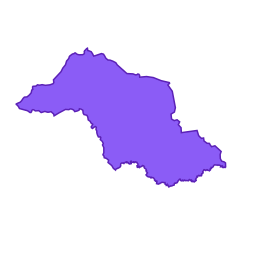 Mariscala, Lavalleja, Uruguay (Equal Earth projection), rotated 44°
{"feature_id": "84410073B78906146937991", "entity_name": "Mariscala", "entity_type": "district", "adm_level": 2, "iso_a3": "URY", "parent_name": "Uruguay", "parent_adm1": "Lavalleja", "projection": "equal_earth", "projection_center": [-54.667, -34.01], "detail": "fine", "context": "isolated", "style": "filled", "palette": "violet", "viewbox_px": 256, "rotation_deg": 44, "n_neighbors": 0, "source": "geoboundaries", "source_scale": "gbopen_adm2", "svg_char_len": 5836}
<svg xmlns="http://www.w3.org/2000/svg" viewBox="0 0 256 256"><g transform="rotate(44 128 128)"><path d="M148.2,166.9L148.0,166.6L148.0,165.4L148.6,164.3L148.6,163.8L148.9,163.6L149.4,161.8L149.3,160.9L149.0,160.6L149.0,160.2L148.5,159.9L147.7,158.9L147.6,158.4L147.7,157.8L148.0,157.3L148.3,157.2L148.5,156.9L148.8,156.8L148.9,156.7L148.9,156.4L149.7,156.4L149.6,155.9L149.9,155.3L149.8,154.8L150.2,154.0L150.2,153.7L150.5,153.2L151.5,152.9L151.6,153.1L151.6,153.5L152.4,152.8L153.1,153.1L153.4,153.0L153.3,152.8L153.5,152.7L153.9,152.8L154.4,152.6L154.5,151.9L154.9,151.7L155.1,151.5L155.1,151.3L154.5,150.7L153.9,151.0L153.2,150.6L153.1,150.0L153.2,149.7L153.7,149.9L154.8,149.7L155.3,149.3L155.4,148.5L155.5,148.4L155.8,148.4L155.8,148.6L156.0,148.8L156.3,148.8L156.6,148.5L156.4,147.8L157.0,147.0L157.3,147.2L157.6,147.2L158.3,146.5L159.4,147.0L160.3,147.0L160.9,147.9L160.8,148.4L161.2,148.3L161.4,148.5L161.2,148.8L160.8,148.9L160.8,149.1L161.2,149.3L161.7,149.2L161.8,149.7L162.1,149.8L162.2,149.7L162.3,149.2L162.5,148.9L163.5,148.7L163.3,148.3L162.8,148.2L162.7,147.8L162.8,147.7L163.6,148.0L163.9,147.7L164.2,147.1L164.2,146.6L164.4,146.3L164.4,146.0L164.8,145.3L164.5,145.1L164.5,144.9L165.6,144.3L166.3,144.6L166.9,144.6L167.0,144.9L166.9,145.0L167.0,145.2L167.8,145.4L169.4,145.1L169.8,145.1L170.1,145.4L170.3,145.9L170.6,145.9L170.8,146.2L171.1,146.1L171.1,146.4L171.6,146.7L173.0,146.6L173.3,147.0L173.2,147.6L173.7,148.6L173.5,149.1L174.1,149.4L174.8,149.3L175.7,149.4L175.9,149.1L176.5,149.0L177.1,148.7L177.7,148.0L179.2,148.0L179.4,147.6L179.2,147.3L179.2,147.1L179.9,147.0L180.3,146.4L181.1,146.2L183.0,146.5L183.1,146.9L183.3,147.1L184.2,146.9L184.5,147.1L184.7,146.9L184.9,147.1L185.2,146.8L185.4,146.3L185.6,146.2L185.9,146.7L186.1,146.9L186.3,146.8L186.6,147.2L186.7,147.5L187.2,148.2L188.8,147.3L189.1,146.4L189.5,146.0L189.4,145.4L189.8,144.7L190.0,143.7L191.0,142.7L192.2,142.2L192.4,141.6L192.8,141.7L193.0,142.0L193.7,142.6L194.0,142.3L194.9,142.6L195.4,142.4L195.4,142.1L195.6,142.4L195.8,142.0L195.8,141.7L196.3,141.4L196.5,141.8L196.9,141.6L198.2,142.1L198.5,141.6L198.6,140.9L198.6,140.7L198.8,140.6L198.8,140.2L199.8,139.3L199.9,138.8L200.1,138.1L200.8,137.3L200.8,137.0L200.5,136.5L200.0,136.0L199.9,135.3L200.8,134.6L200.6,134.2L201.1,133.6L201.4,133.0L201.2,132.5L201.0,132.4L200.9,131.8L201.0,131.6L200.7,131.2L200.7,130.6L200.8,130.2L200.6,129.2L200.8,128.8L201.2,128.5L202.0,128.8L202.3,129.2L203.0,129.0L203.6,128.5L203.7,128.3L203.5,127.5L203.8,127.3L204.6,127.5L204.8,127.2L205.0,126.0L205.9,126.0L206.4,125.5L206.8,124.8L207.3,124.6L208.2,123.9L207.9,122.8L207.9,122.5L208.6,122.4L208.9,122.1L209.6,122.3L209.9,122.1L209.7,121.4L209.9,121.3L210.6,121.7L210.6,122.0L210.8,122.2L211.2,121.9L211.1,121.4L211.3,121.3L211.4,121.7L211.5,121.9L212.1,121.4L212.4,120.6L212.6,120.5L213.1,120.7L213.3,119.7L213.2,119.5L213.5,118.4L213.3,118.1L212.5,118.2L212.2,117.9L211.9,116.4L212.0,115.1L211.7,115.1L211.3,115.1L211.1,114.8L211.9,113.5L211.9,112.9L212.6,112.9L213.0,112.0L213.8,111.8L213.9,111.6L214.0,111.1L212.8,109.9L212.8,109.7L213.1,109.5L213.0,109.3L213.3,108.7L213.0,108.2L213.0,107.9L212.9,107.8L212.6,107.7L212.3,107.8L212.1,107.6L212.0,107.2L211.9,106.0L211.6,105.5L211.6,105.2L212.2,104.7L213.2,104.8L213.5,104.5L213.7,103.2L213.9,103.0L214.1,102.9L214.5,103.1L214.8,102.9L215.0,102.9L215.8,102.3L216.3,102.2L216.2,101.8L216.4,101.2L216.4,100.9L216.1,100.5L215.6,100.5L215.5,100.0L216.0,99.4L216.0,99.2L215.5,99.1L215.5,98.6L215.4,98.5L215.9,98.3L216.1,97.4L216.2,96.6L215.8,95.8L215.8,95.2L215.8,94.6L216.0,94.2L217.2,93.4L218.0,92.5L218.6,92.4L218.9,91.7L219.9,91.0L220.9,90.8L221.2,90.9L221.4,91.4L221.5,91.6L222.0,91.1L221.8,90.4L222.0,89.8L222.6,89.8L222.8,90.4L223.2,90.6L223.8,90.5L223.8,90.3L224.7,89.4L224.7,89.0L225.3,88.9L225.3,88.2L222.4,85.4L220.7,85.6L218.3,86.8L215.7,85.9L212.7,83.1L211.3,80.2L202.9,80.4L201.1,83.4L198.5,83.0L197.3,82.5L195.4,84.1L191.7,84.5L189.3,82.7L188.1,84.4L186.0,84.5L184.1,84.4L179.4,81.8L169.6,94.3L165.9,90.9L161.9,90.7L160.9,87.7L157.6,88.0L156.1,90.6L153.1,91.3L149.3,88.1L150.3,84.3L148.0,80.5L134.3,70.8L126.9,69.4L126.6,68.6L126.9,67.6L126.9,67.0L126.2,66.6L119.0,70.9L111.2,74.1L105.6,78.1L101.1,83.3L99.7,82.0L98.4,81.8L97.5,82.4L97.4,83.4L96.6,84.5L94.0,85.6L89.4,89.6L76.4,90.1L73.9,89.5L70.8,90.4L67.8,91.7L66.4,93.0L63.6,93.2L61.2,92.4L59.1,91.9L57.2,92.9L54.1,98.9L53.3,100.1L50.9,99.2L48.5,98.7L46.3,99.6L45.3,100.2L43.4,98.8L43.1,99.7L43.2,101.2L43.1,102.5L43.4,103.4L44.6,104.4L44.9,105.2L44.5,106.7L42.1,109.2L40.7,110.1L39.3,110.5L38.1,110.5L37.5,111.2L37.5,112.1L36.6,113.4L36.1,116.6L36.3,117.7L37.0,118.9L37.2,120.2L37.3,122.5L39.1,125.9L39.5,130.2L40.7,134.0L40.8,138.8L40.9,145.1L43.1,146.9L43.3,148.2L41.9,151.1L38.9,154.7L36.1,156.5L34.6,158.7L32.9,159.8L32.6,161.9L30.7,164.0L30.8,164.7L32.1,166.0L32.7,166.4L32.4,167.6L33.9,169.9L34.1,172.6L33.8,175.7L32.0,177.8L32.0,179.6L32.5,182.4L32.5,184.3L31.4,186.9L30.9,188.3L31.3,188.7L32.3,188.5L34.3,188.7L36.4,189.4L43.7,185.4L46.8,184.9L47.4,184.3L47.3,183.2L46.7,182.4L46.6,181.7L46.8,180.9L47.5,180.4L49.4,180.1L51.8,177.5L54.8,177.2L56.7,173.8L58.9,172.7L59.9,171.8L61.3,169.7L64.8,169.6L66.4,170.6L67.8,165.2L70.1,158.1L72.7,155.9L73.2,154.4L74.4,153.5L76.3,152.8L78.3,153.2L79.9,150.6L80.4,148.8L79.7,147.9L81.0,147.1L83.2,146.6L85.3,148.4L87.0,148.9L89.6,147.4L91.3,148.0L92.9,149.1L93.7,149.8L96.2,149.5L98.0,150.1L100.0,149.8L100.5,151.4L100.7,152.7L101.5,153.2L102.8,153.0L103.1,150.7L103.4,149.7L104.7,149.5L106.0,151.3L107.7,151.9L108.9,153.1L110.8,154.2L112.9,155.0L113.7,154.4L114.0,153.7L114.6,153.6L115.1,153.8L116.1,155.6L118.8,155.5L121.1,156.4L121.4,157.9L124.2,158.9L127.7,162.5L128.6,164.7L130.2,164.9L131.6,165.9L133.5,164.9L136.4,164.6L137.6,166.7L142.4,166.3L145.6,167.2L148.2,166.9Z" fill="#8b5cf6" stroke="#5b21b6" stroke-width="1.5"/></g></svg>